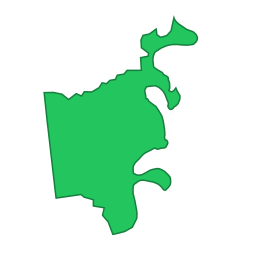 outline of Adams, Mississippi, United States of America, rotated 173°
{"feature_id": "52423323B79783446194500", "entity_name": "Adams", "entity_type": "district", "adm_level": 2, "iso_a3": "USA", "parent_name": "United States of America", "parent_adm1": "Mississippi", "projection": "orthographic", "projection_center": [-91.474, 31.468], "detail": "fine", "context": "isolated", "style": "filled", "palette": "green", "viewbox_px": 256, "rotation_deg": 173, "n_neighbors": 0, "source": "geoboundaries", "source_scale": "gbopen_adm2", "svg_char_len": 2429}
<svg xmlns="http://www.w3.org/2000/svg" viewBox="0 0 256 256"><g transform="rotate(173 128 128)"><path d="M206.9,173.3L207.4,144.0L207.4,139.9L207.9,74.8L207.9,67.2L182.7,67.7L180.1,64.8L171.1,61.0L171.9,54.8L161.3,51.7L163.9,44.4L159.1,37.2L156.0,24.3L155.4,24.3L150.3,24.8L143.8,25.7L135.8,29.0L135.6,29.2L130.4,37.1L130.2,37.8L129.5,42.1L129.5,45.7L130.1,55.3L130.9,62.2L130.8,64.0L130.1,68.9L129.2,71.1L124.3,73.8L122.8,74.4L120.1,74.5L117.8,74.0L109.2,71.1L105.8,69.2L104.1,67.9L103.2,66.9L101.6,64.9L100.8,63.4L100.0,62.2L99.4,61.9L98.4,61.8L97.9,62.0L95.3,64.1L93.7,65.7L92.7,67.4L92.4,68.5L92.0,71.8L92.2,73.7L92.4,74.3L92.9,75.2L93.5,76.2L96.8,80.3L99.5,82.4L101.3,83.4L102.4,83.9L104.2,84.2L108.4,83.9L111.2,83.4L118.0,80.6L119.7,80.0L122.3,79.8L124.1,80.1L125.4,80.5L128.3,82.6L127.8,87.5L127.4,89.2L127.1,90.1L124.8,92.9L121.1,95.7L117.5,98.9L115.5,100.3L113.6,101.3L104.1,104.8L103.6,104.7L102.8,104.0L101.0,103.3L97.6,103.9L95.5,103.8L94.1,103.9L93.2,104.1L92.6,104.6L90.8,107.2L90.5,107.9L90.3,108.7L90.4,109.6L91.1,111.2L92.3,111.7L92.9,112.4L92.8,114.9L92.2,116.7L91.9,122.3L92.2,130.9L92.8,135.1L93.4,136.9L94.3,139.0L95.6,141.8L97.6,145.9L100.8,148.8L104.0,151.9L105.0,154.4L106.6,155.1L106.5,156.8L106.6,160.2L106.9,162.2L106.4,164.3L104.4,166.7L96.3,166.7L95.1,166.2L92.5,164.7L90.7,162.8L89.0,160.7L87.3,157.2L85.0,148.3L85.0,146.8L85.8,144.9L85.8,144.5L84.7,142.0L84.4,141.7L83.3,141.2L82.2,141.3L80.8,142.1L80.2,142.9L76.8,144.8L75.3,146.2L73.3,149.6L72.7,152.1L72.6,153.9L74.0,156.9L74.9,159.3L75.6,161.9L77.7,159.8L78.3,159.3L79.9,158.6L80.9,158.9L82.9,160.1L82.8,160.6L81.7,162.4L81.3,167.1L81.4,168.3L82.0,170.8L82.0,173.3L83.1,174.6L86.1,176.6L87.0,178.5L87.5,179.1L91.7,182.2L94.4,184.7L94.9,185.3L95.1,186.1L95.0,192.5L94.8,194.1L93.8,196.9L92.6,199.1L91.7,200.2L85.6,203.2L80.4,204.8L77.1,205.3L73.8,205.4L69.6,205.0L63.5,203.7L58.8,203.0L53.6,203.0L52.5,203.3L50.1,205.0L49.2,206.1L48.4,207.5L48.1,208.9L48.1,209.6L49.0,212.4L51.5,215.5L57.6,218.6L65.1,225.1L67.2,227.6L68.8,230.7L69.0,231.7L73.4,219.2L78.3,215.0L84.5,214.0L87.9,217.0L88.0,222.8L95.3,218.7L101.8,218.1L104.4,213.8L104.9,206.0L98.5,199.8L99.3,196.8L106.9,196.3L107.7,183.6L121.9,185.3L125.4,182.0L132.2,181.7L134.6,177.7L140.2,177.5L143.9,174.6L148.2,176.0L151.7,171.6L159.5,168.2L167.0,169.3L170.2,165.4L175.2,168.4L183.5,163.5L189.3,169.5L197.7,172.4L206.9,173.3Z" fill="#22c55e" stroke="#15803d" stroke-width="1.5"/></g></svg>